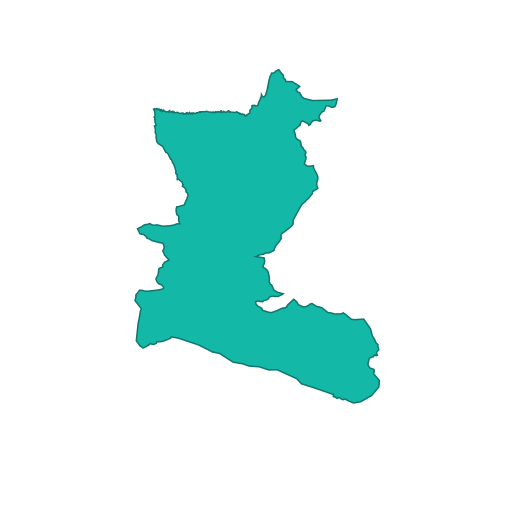 outline of Akwapem North, Eastern, Ghana, rotated 62°
{"feature_id": "2480657B16553972090858", "entity_name": "Akwapem North", "entity_type": "district", "adm_level": 2, "iso_a3": "GHA", "parent_name": "Ghana", "parent_adm1": "Eastern", "projection": "robinson", "projection_center": [-0.184, 5.959], "detail": "fine", "context": "isolated", "style": "filled", "palette": "teal", "viewbox_px": 512, "rotation_deg": 62, "n_neighbors": 0, "source": "geoboundaries", "source_scale": "gbopen_adm2", "svg_char_len": 6104}
<svg xmlns="http://www.w3.org/2000/svg" viewBox="0 0 512 512"><g transform="rotate(62 256 256)"><path d="M423.9,205.5L415.5,207.4L415.0,207.3L413.3,205.6L411.5,205.1L408.6,207.8L406.5,208.3L404.1,208.0L399.4,204.0L399.7,202.3L399.6,200.9L400.1,199.6L399.2,198.2L399.1,197.5L399.5,197.0L400.4,196.8L400.6,195.4L399.1,195.4L397.4,194.6L396.5,191.6L393.7,191.0L391.4,189.9L389.1,190.8L385.4,190.5L381.1,190.8L374.2,189.1L362.3,190.5L358.6,198.7L356.6,201.6L350.2,204.1L347.2,205.6L347.0,208.2L344.2,213.7L341.7,216.2L339.6,219.1L333.0,221.9L330.7,223.9L329.1,226.2L324.3,228.8L323.8,230.9L324.3,233.0L324.0,236.6L322.9,238.4L318.8,241.5L315.8,241.4L311.9,243.0L314.2,251.5L315.5,253.1L315.1,255.7L314.4,257.0L314.1,263.2L313.2,269.1L311.3,271.5L307.2,275.6L304.5,275.6L301.3,277.9L298.3,278.6L296.3,277.8L296.3,276.3L297.0,274.7L298.3,273.5L299.5,271.6L299.0,270.1L299.7,267.0L299.7,265.4L298.6,263.6L298.8,261.8L299.5,259.7L300.7,258.2L302.1,255.3L302.3,250.7L302.1,249.7L298.2,254.0L294.5,256.1L288.8,255.8L287.7,256.6L285.4,256.5L281.5,254.4L276.3,252.9L273.8,252.8L271.5,253.6L268.8,255.2L266.5,252.3L264.5,250.7L261.5,249.7L256.4,256.4L256.7,252.2L257.9,248.7L257.9,245.8L259.3,243.2L259.6,239.3L259.3,237.0L257.9,236.1L256.2,233.5L254.0,228.3L252.3,225.3L249.7,224.4L248.3,223.0L248.0,219.5L246.6,211.7L245.8,209.1L244.6,207.8L242.4,206.8L241.0,205.2L232.5,192.2L231.6,189.9L231.3,187.7L230.5,185.7L229.7,182.5L227.4,177.0L225.7,175.7L225.4,169.8L222.3,169.2L219.7,167.9L217.5,165.6L215.2,164.3L212.1,163.9L205.8,163.9L203.2,162.9L202.1,166.1L200.6,168.7L197.2,170.0L194.1,166.7L192.4,165.4L190.4,165.4L189.3,165.1L188.4,163.5L187.0,163.1L184.7,163.8L182.4,163.8L180.1,164.4L176.7,163.1L174.7,163.1L172.7,164.7L169.9,165.3L167.3,164.3L162.5,163.3L162.2,160.4L161.4,157.5L161.4,155.9L159.4,154.2L158.5,152.9L158.8,151.3L161.4,149.4L164.0,147.8L165.4,148.1L165.4,146.5L164.0,144.2L163.4,142.0L164.3,139.0L167.2,136.1L166.9,135.2L164.6,135.5L162.6,135.1L161.2,133.2L160.3,131.3L159.8,129.3L159.8,127.7L156.4,123.5L157.5,121.5L160.4,119.3L161.2,116.3L159.3,113.8L155.3,110.5L153.5,116.9L145.4,132.9L139.5,139.6L137.3,140.7L132.2,140.8L130.8,142.2L128.0,142.5L126.8,137.8L119.1,142.1L115.8,147.9L114.0,147.2L112.0,148.1L109.5,147.1L108.7,147.2L105.3,148.0L103.0,148.2L102.3,148.4L101.9,149.0L102.1,149.8L102.0,151.9L102.6,153.2L102.8,154.6L101.8,156.4L103.2,157.8L103.8,159.0L106.7,161.8L114.1,167.8L118.7,172.2L119.2,174.2L118.9,174.7L118.1,175.4L116.0,175.4L117.8,176.5L118.2,177.6L119.1,178.0L122.0,182.0L123.6,183.3L123.8,184.7L123.6,185.4L123.2,186.0L122.4,186.3L121.3,188.7L121.5,189.2L123.3,189.9L124.4,192.8L124.8,193.2L126.8,194.2L127.1,197.7L127.5,198.6L127.3,199.8L126.8,200.0L125.8,199.7L124.3,201.3L124.4,202.1L122.9,202.8L123.1,203.6L121.4,203.9L120.9,204.9L119.7,205.1L119.5,207.1L116.7,211.2L116.1,211.5L116.4,212.2L116.1,212.4L115.4,211.9L114.9,212.0L115.0,214.2L115.3,215.0L113.3,216.6L113.8,216.8L113.6,217.5L113.1,217.8L113.1,219.0L112.7,219.1L111.6,218.6L111.4,219.3L112.2,220.0L110.6,221.9L110.6,222.4L110.9,222.5L109.9,223.8L110.3,223.9L110.2,224.8L109.1,225.6L109.1,226.8L108.5,226.8L108.3,227.9L107.3,228.8L107.1,229.7L105.0,231.7L104.9,232.7L103.0,236.5L103.2,237.4L102.9,237.8L102.5,237.5L102.2,238.0L102.3,239.5L101.6,241.3L101.9,241.7L101.5,243.1L100.4,243.9L100.3,244.4L100.8,245.6L100.4,245.7L100.0,245.3L99.6,245.4L99.8,247.2L98.1,247.2L98.7,249.3L98.5,249.5L97.8,249.3L97.7,250.1L97.0,249.8L96.9,250.5L97.5,251.5L96.9,252.0L96.6,253.6L95.5,253.3L94.9,254.4L95.0,255.3L93.4,257.3L92.3,257.8L91.5,260.2L90.9,260.6L90.0,260.7L90.5,261.4L90.4,262.1L88.9,262.1L88.8,263.9L88.0,264.5L87.1,264.0L87.1,264.6L88.1,265.2L88.0,265.5L87.3,265.9L86.6,267.8L85.9,267.9L85.2,269.0L84.0,269.0L84.3,269.5L84.3,270.5L83.9,270.1L82.3,270.9L82.5,271.6L83.0,271.4L83.0,272.2L82.1,272.3L81.7,272.0L81.4,272.5L80.6,272.6L80.6,273.8L80.2,274.0L80.0,274.7L79.6,274.2L79.3,274.2L79.1,275.7L78.3,276.6L78.2,277.5L81.0,277.6L84.7,279.2L85.6,280.8L87.5,280.6L88.0,281.5L88.7,281.5L90.7,282.4L93.6,282.7L93.6,283.4L93.9,283.6L93.5,284.5L97.1,285.5L99.9,287.1L102.1,287.1L104.2,288.5L108.4,289.9L111.3,289.4L112.7,288.4L115.7,286.9L122.2,287.0L123.1,285.9L124.4,285.7L130.5,285.9L131.3,285.4L133.1,285.5L133.8,285.9L134.6,285.6L135.2,285.8L135.6,285.6L137.8,285.7L144.0,287.0L144.5,287.8L146.2,288.0L147.2,287.3L148.4,288.3L149.5,288.3L151.1,289.6L151.6,289.7L151.8,288.4L156.3,286.5L158.3,287.1L158.7,286.8L159.7,288.2L162.8,286.8L164.9,286.9L166.5,287.7L167.9,287.0L170.3,287.4L171.2,288.0L171.9,289.2L172.9,289.7L174.3,292.0L177.2,295.3L175.9,301.8L175.3,302.8L177.1,304.5L178.9,305.5L182.3,306.5L184.7,305.5L188.6,307.8L191.8,308.1L190.5,310.6L190.1,314.1L188.5,318.8L185.9,324.4L182.0,328.8L180.9,331.8L179.3,333.5L177.5,334.5L177.2,336.6L176.2,339.5L176.1,341.4L176.5,342.8L176.3,347.8L181.8,348.0L182.7,347.2L184.5,344.9L186.0,344.5L187.2,343.7L188.2,344.0L189.1,343.8L191.3,341.9L193.2,340.9L198.2,335.7L200.7,332.6L201.6,332.2L205.0,332.8L206.0,333.6L207.6,335.7L208.2,336.1L209.4,335.9L212.3,336.3L218.8,334.7L218.5,339.4L220.0,342.6L222.0,343.4L221.5,346.3L221.7,347.8L226.1,350.9L227.0,351.8L228.5,354.2L229.3,355.1L229.8,355.3L232.3,355.5L235.2,354.8L236.9,353.0L239.6,352.3L240.6,352.4L241.3,353.1L241.1,354.7L240.2,358.1L236.4,367.8L234.9,370.5L232.8,372.7L231.5,375.0L232.4,376.4L233.8,380.0L235.0,381.0L235.5,380.9L238.6,383.8L248.7,381.9L250.5,384.1L252.4,385.4L252.8,385.9L253.9,386.4L254.6,387.3L255.9,388.1L260.3,391.8L274.7,401.5L281.0,400.6L282.4,399.7L283.7,399.4L284.3,398.5L284.3,392.4L283.9,392.2L283.8,390.5L286.0,388.2L286.3,385.1L285.4,384.1L285.4,383.6L285.9,382.9L285.9,381.9L286.6,381.1L287.6,378.4L288.5,370.0L287.6,368.7L292.3,362.9L307.3,348.7L318.3,340.8L319.7,340.1L325.1,333.8L339.1,326.0L344.7,318.6L350.0,313.7L355.3,305.2L362.7,298.1L366.3,290.8L383.5,277.6L390.2,275.9L398.9,267.3L414.7,252.6L416.2,253.7L417.0,253.3L417.8,252.1L419.4,251.6L419.8,250.9L419.8,249.5L420.1,249.0L423.4,247.1L423.9,246.0L424.0,244.6L424.5,244.0L425.3,243.8L431.5,239.1L433.8,232.1L433.5,219.5L429.3,209.0L423.9,205.5Z" fill="#14b8a6" stroke="#0f766e" stroke-width="1.5"/></g></svg>